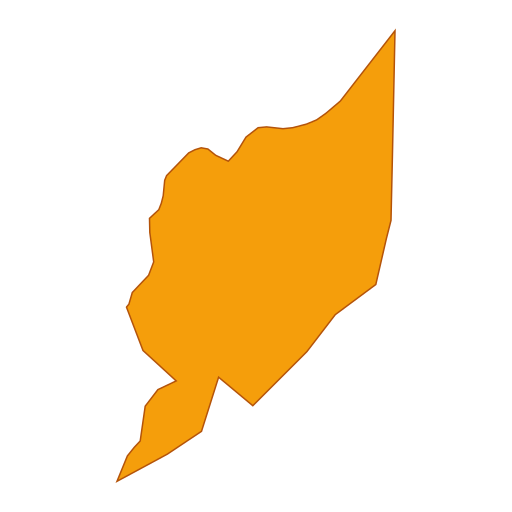 outline of Ntoroko
{"feature_id": "UGA-5610", "entity_name": "Ntoroko", "entity_type": "District", "adm_level": 1, "iso_a3": "UGA", "parent_name": "Uganda", "parent_adm1": "", "projection": "mercator", "projection_center": [30.315, 1.025], "detail": "fine", "context": "isolated", "style": "filled", "palette": "amber", "viewbox_px": 512, "rotation_deg": 0, "n_neighbors": 0, "source": "natural_earth", "source_scale": "10m", "svg_char_len": 719}
<svg xmlns="http://www.w3.org/2000/svg" viewBox="0 0 512 512"><path d="M283.0,128.7L292.7,127.7L306.5,124.1L316.6,119.9L325.8,113.4L340.3,101.1L395.0,30.7L392.4,157.2L391.0,220.4L386.4,238.5L375.8,284.5L335.3,314.6L306.9,351.6L252.8,405.7L218.6,377.2L201.5,431.3L167.4,454.1L117.0,481.3L127.4,455.9L134.3,447.3L140.2,441.0L145.2,406.2L157.9,389.6L176.2,380.9L143.0,350.5L126.5,307.2L126.7,306.8L128.9,304.2L132.3,292.5L148.6,275.3L153.7,261.9L149.8,232.4L149.5,218.3L158.8,209.7L161.3,203.3L163.2,195.8L164.7,180.3L166.6,175.6L188.7,152.9L195.0,149.7L201.2,147.8L207.9,149.0L215.7,155.3L228.3,161.2L237.1,151.7L246.0,137.1L258.1,127.7L266.6,126.9L283.0,128.7Z" fill="#f59e0b" stroke="#b45309" stroke-width="1.5"/></svg>